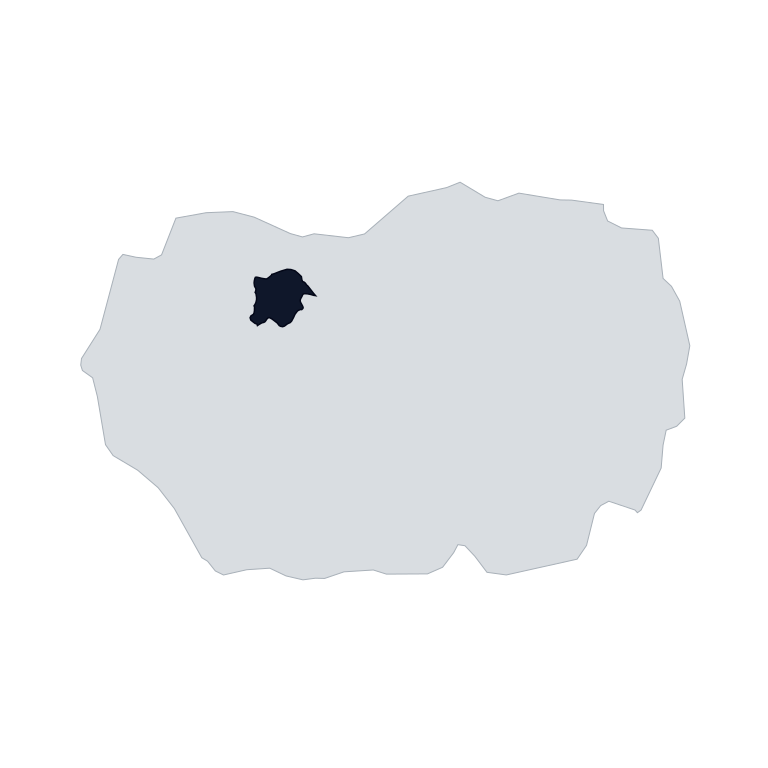 where Demir Kapija sits in North Macedonia, rotated 191°
{"feature_id": "MKD-2927", "entity_name": "Demir Kapija", "entity_type": "Statistical Region", "adm_level": 1, "iso_a3": "MKD", "parent_name": "North Macedonia", "parent_adm1": "", "projection": "robinson", "projection_center": [22.23, 41.383], "detail": "fine", "context": "in_parent", "style": "filled", "palette": "ink", "viewbox_px": 768, "rotation_deg": 191, "n_neighbors": 0, "source": "natural_earth", "source_scale": "10m", "svg_char_len": 2397}
<svg xmlns="http://www.w3.org/2000/svg" viewBox="0 0 768 768"><g transform="rotate(191 384 384)"><path d="M345.9,197.9L359.0,199.4L387.4,192.0L405.2,181.8L414.2,180.3L426.2,176.3L443.5,176.9L461.0,181.4L483.3,175.5L505.1,165.9L513.9,168.3L523.4,176.4L529.7,178.7L566.0,221.7L585.9,239.1L609.4,252.4L636.2,262.0L645.8,271.3L663.0,317.1L671.2,334.5L682.6,339.7L685.3,344.7L685.8,351.3L673.2,383.5L668.3,455.7L665.0,461.4L651.6,461.1L633.8,462.7L627.0,468.3L619.9,507.1L591.3,518.2L565.2,524.4L543.3,523.0L504.7,513.8L492.1,512.8L481.3,518.1L446.8,520.8L431.7,527.6L396.1,573.0L360.1,588.7L347.8,596.6L320.3,586.6L307.1,585.6L288.0,597.1L246.3,598.3L235.0,600.3L202.8,602.1L201.5,595.9L195.6,586.7L180.6,582.5L150.0,586.1L142.5,579.4L130.2,540.9L120.4,534.7L109.5,521.7L91.1,479.9L90.8,461.5L92.2,445.5L82.2,407.9L88.6,398.4L98.2,392.5L98.4,377.3L95.9,354.4L107.6,309.3L110.7,306.0L113.6,308.2L141.0,311.8L148.1,306.0L152.7,297.1L154.4,264.2L161.0,248.9L227.5,219.9L247.0,218.8L261.9,232.2L273.7,240.7L280.8,240.4L283.4,231.8L291.5,215.3L305.1,205.9L345.5,197.8L345.9,197.9Z" fill="#d9dde1" stroke="#a8b0b8" stroke-width="1"/><path d="M508.6,427.2L509.8,427.2L510.7,426.4L511.5,425.2L512.1,423.6L512.8,422.3L513.8,421.5L515.6,420.7L518.2,418.4L519.4,417.2L520.1,418.6L522.2,418.9L525.0,420.3L526.9,421.3L528.1,423.5L527.6,425.5L526.2,426.8L525.6,427.3L525.1,429.1L525.2,431.4L525.8,434.9L526.5,435.9L525.8,437.5L525.3,439.5L525.2,442.4L525.6,444.7L526.9,448.2L528.0,449.4L527.8,450.1L527.7,451.7L527.9,453.1L529.1,454.5L529.8,455.4L530.8,458.4L531.0,460.6L530.9,463.0L530.6,464.2L529.4,464.6L527.4,464.6L524.3,464.4L521.5,464.5L519.5,464.6L518.3,465.6L516.6,467.5L515.2,469.3L515.1,470.2L513.7,470.8L507.0,475.0L501.1,478.1L497.2,478.6L492.9,478.1L489.0,475.9L485.6,473.7L484.5,470.6L483.4,469.0L481.9,468.8L480.6,468.1L479.6,467.2L478.8,466.3L477.9,466.0L476.7,465.0L474.4,463.0L470.4,459.5L468.1,457.7L468.5,457.7L469.9,457.6L473.1,457.9L476.7,457.9L479.0,457.5L480.2,457.2L480.9,456.0L481.3,454.2L481.8,452.8L482.2,451.1L482.2,449.8L481.5,448.3L480.0,446.5L478.5,444.6L477.9,443.3L478.2,442.4L479.0,441.3L480.2,441.2L481.7,440.2L482.8,439.3L483.7,437.5L484.7,435.4L485.5,432.0L486.7,428.1L487.8,426.4L490.2,424.7L492.7,421.9L494.4,420.9L496.5,420.9L497.9,421.3L499.3,422.5L500.4,423.5L502.8,424.7L504.8,425.7L506.5,426.5L508.6,427.2Z" fill="#0f172a" stroke="#020617" stroke-width="1.5"/></g></svg>